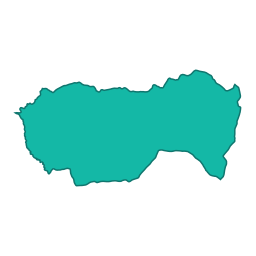 the district of Córdoba, Quindío, Colombia
{"feature_id": "7082276B37877063835041", "entity_name": "Córdoba", "entity_type": "district", "adm_level": 2, "iso_a3": "COL", "parent_name": "Colombia", "parent_adm1": "Quindío", "projection": "mercator", "projection_center": [-75.669, 4.396], "detail": "fine", "context": "isolated", "style": "filled", "palette": "teal", "viewbox_px": 256, "rotation_deg": 0, "n_neighbors": 0, "source": "geoboundaries", "source_scale": "gbopen_adm2", "svg_char_len": 5645}
<svg xmlns="http://www.w3.org/2000/svg" viewBox="0 0 256 256"><path d="M234.9,84.5L234.6,84.9L234.0,86.1L233.6,87.7L233.3,88.0L232.6,88.5L230.8,89.5L229.0,90.3L227.6,90.8L226.7,90.8L225.8,90.6L225.4,90.4L224.2,88.9L221.7,86.6L219.4,84.9L216.7,83.5L216.0,82.8L215.4,81.9L215.0,80.9L214.3,79.9L212.9,79.0L212.5,78.5L212.3,77.5L211.9,76.6L211.3,75.8L210.7,75.3L209.8,75.0L206.1,72.7L204.4,72.1L199.8,71.3L196.8,70.4L195.5,70.3L193.9,71.2L192.1,73.2L190.8,74.4L189.1,75.3L188.1,75.7L186.5,75.6L184.3,74.8L182.7,74.5L181.0,75.0L180.0,76.1L178.7,78.7L178.0,79.7L176.8,79.7L175.7,80.1L172.8,79.2L170.8,78.9L169.9,78.2L169.4,78.2L168.7,78.6L167.9,79.5L167.5,80.5L164.5,85.1L163.4,87.3L162.9,87.8L162.4,87.9L161.4,87.7L160.8,87.8L160.0,87.7L158.6,86.7L158.1,86.5L157.2,86.3L156.7,86.0L156.1,85.5L155.2,85.0L154.2,84.8L153.6,84.9L153.1,85.3L152.8,85.7L152.2,88.0L151.8,88.4L150.3,89.6L148.9,91.1L148.3,91.4L147.4,91.7L146.1,91.9L144.7,91.9L143.6,91.7L141.7,91.7L140.5,91.6L138.7,91.9L136.8,91.9L134.5,91.6L133.1,91.2L132.7,91.3L132.2,91.5L131.4,91.6L130.2,91.5L129.5,91.2L126.5,88.6L125.4,88.0L124.9,87.8L124.3,87.8L123.8,88.0L123.1,88.5L122.5,88.7L121.9,88.7L121.5,88.7L121.0,88.5L120.3,87.9L119.8,87.7L119.3,87.7L118.8,87.8L117.9,88.3L117.2,88.4L114.3,88.2L112.2,88.6L110.6,89.1L108.7,89.5L107.0,89.8L104.5,90.3L103.9,90.3L103.3,90.1L102.6,89.8L102.1,89.7L101.4,89.8L101.0,90.0L100.0,91.5L99.5,91.9L98.9,92.0L98.3,91.9L97.1,91.1L96.7,91.0L96.4,91.0L95.3,88.4L93.9,86.7L93.5,86.5L93.0,86.4L90.8,86.6L89.9,86.5L89.2,86.2L87.9,85.5L87.3,85.4L85.0,85.2L84.1,85.1L82.5,84.4L81.9,84.0L80.8,83.1L80.0,82.6L79.4,82.3L78.8,82.3L76.6,83.0L74.9,82.8L74.3,82.8L72.1,83.6L69.5,84.2L66.0,85.5L64.4,85.6L63.4,85.9L57.3,89.1L55.8,90.1L53.8,92.1L53.2,92.5L52.8,92.5L52.4,92.4L51.3,91.5L50.5,91.4L50.2,91.2L49.3,90.4L48.3,90.0L46.7,88.7L45.6,88.5L43.6,88.7L43.0,88.6L42.4,88.5L41.6,90.3L40.2,91.5L40.2,91.9L40.5,93.5L40.6,94.3L40.4,95.1L40.1,95.6L39.5,96.0L38.9,96.3L37.3,97.8L37.2,98.3L36.9,98.8L36.5,99.2L35.3,99.7L35.1,100.0L35.1,100.7L34.9,101.5L34.4,102.5L33.8,103.2L32.7,103.9L32.1,104.2L31.6,104.2L31.2,104.1L30.4,103.4L30.0,103.3L29.6,103.4L28.7,104.1L28.4,104.2L27.6,103.8L27.3,103.9L27.0,104.4L27.0,105.6L26.8,106.0L25.4,106.8L25.2,107.1L25.0,107.8L24.6,108.3L24.3,108.5L23.9,108.5L21.5,107.7L21.0,107.7L20.6,107.8L20.1,108.5L19.9,109.1L20.1,109.8L21.0,111.2L21.1,111.8L21.1,112.1L20.8,112.5L20.0,112.8L19.1,112.9L16.8,112.7L15.4,112.9L16.3,113.5L17.8,113.9L18.6,114.2L19.2,114.7L20.6,117.4L20.9,118.0L21.8,119.0L22.1,119.2L22.8,119.4L23.0,119.7L23.0,120.9L23.5,122.2L23.4,123.5L23.5,124.1L24.2,125.2L24.6,126.3L24.7,127.8L24.4,129.0L24.5,129.6L25.3,131.5L25.2,132.2L24.5,133.6L24.7,134.7L24.6,135.7L24.7,136.1L25.4,136.6L25.4,136.8L25.2,137.7L25.5,139.3L25.9,139.9L26.4,140.4L26.5,140.7L26.5,141.2L25.7,142.0L25.7,142.4L26.4,143.9L26.2,144.8L26.6,145.9L26.7,146.9L26.9,147.5L27.1,147.9L27.6,148.1L27.9,148.8L28.8,149.3L29.1,150.2L29.4,150.5L30.6,151.5L30.8,151.8L30.8,152.3L30.7,152.5L30.2,152.8L30.5,153.3L30.5,154.0L30.8,154.2L31.4,154.1L32.4,154.7L33.0,155.2L33.0,156.2L34.1,157.5L34.7,157.8L35.4,158.2L36.9,158.6L37.1,158.9L37.1,159.1L36.6,159.2L36.5,159.3L36.6,159.5L37.5,159.9L38.5,159.5L39.1,160.3L39.4,160.3L39.7,159.9L39.9,160.0L40.0,160.2L39.9,160.8L40.2,161.5L40.1,161.9L40.2,162.3L40.6,162.4L40.9,162.2L41.4,162.0L42.1,162.0L42.3,162.1L43.1,162.9L43.2,163.2L42.7,163.8L42.7,164.0L42.8,164.1L43.5,164.5L44.1,165.0L44.2,165.3L44.1,165.8L43.9,167.0L44.2,167.5L44.8,167.8L44.9,168.1L44.8,168.4L44.4,169.1L44.5,169.6L44.7,169.9L45.1,170.2L46.7,170.7L47.5,171.1L48.3,173.4L48.6,173.7L49.0,173.8L49.4,173.6L50.7,172.0L50.8,171.7L51.0,171.1L51.9,169.9L52.9,168.9L53.8,168.8L55.9,169.9L57.1,170.1L58.7,170.0L60.1,170.0L62.1,169.4L63.8,169.3L65.6,168.7L67.3,168.3L67.9,168.4L69.2,168.7L70.0,169.0L70.3,169.6L70.7,173.4L71.9,176.5L72.5,177.4L73.4,178.5L73.8,179.7L74.2,182.0L74.5,183.0L75.3,184.4L75.9,185.3L76.3,185.6L76.6,185.7L79.7,185.5L82.5,185.4L84.4,185.1L85.8,184.9L87.7,183.9L88.7,183.2L90.2,182.3L91.1,182.0L93.7,181.5L94.8,181.5L96.8,182.5L97.4,182.5L100.8,181.5L103.1,181.3L106.8,181.6L108.6,181.6L110.2,181.4L111.9,181.0L114.3,180.8L115.8,180.8L118.7,181.3L120.4,181.3L121.4,181.1L122.2,180.6L123.8,180.1L125.0,179.9L126.0,180.0L126.8,180.4L127.8,181.2L128.8,181.7L129.5,181.6L130.2,181.3L132.0,180.0L133.8,179.3L137.0,178.3L137.8,178.0L138.5,177.6L138.9,176.9L139.7,175.2L141.3,173.1L144.5,169.7L146.4,167.4L150.0,164.0L151.8,161.4L155.4,157.8L155.9,156.8L156.4,155.3L158.2,151.1L158.5,150.6L159.5,150.2L160.6,150.0L162.2,150.0L164.0,150.5L168.2,151.2L170.0,151.4L171.7,151.4L172.9,151.2L174.6,150.8L175.9,150.6L179.8,150.8L182.4,151.2L184.2,151.1L185.5,151.2L187.9,151.6L192.7,154.6L195.6,158.0L196.4,158.5L197.8,159.4L200.3,161.3L202.8,164.7L203.5,166.1L205.3,168.9L205.9,170.4L206.7,171.0L207.5,172.1L209.7,174.6L211.0,175.3L212.2,175.7L214.5,176.2L215.8,176.3L216.9,176.8L218.2,177.7L220.5,179.5L221.3,178.5L222.3,177.6L223.2,176.6L223.9,174.7L224.3,172.3L224.6,170.1L225.4,166.7L226.4,164.4L226.5,163.6L226.5,161.5L226.2,160.7L225.8,160.0L223.4,156.9L223.2,156.3L223.2,155.8L224.8,153.7L228.3,149.6L230.2,146.1L232.3,143.8L234.5,141.7L234.8,141.1L234.7,139.2L234.9,138.7L234.8,137.6L234.5,136.7L234.8,134.0L234.8,129.7L235.0,128.5L237.0,123.8L237.0,121.8L237.0,121.2L238.3,117.8L239.5,114.3L239.5,113.9L240.0,112.4L240.4,110.0L240.6,108.2L240.6,107.5L240.4,107.1L239.2,106.6L238.7,106.3L238.2,105.7L238.0,104.3L237.6,103.2L237.4,101.9L237.5,101.3L237.9,100.6L238.7,99.8L240.1,97.6L240.3,97.1L240.4,96.3L240.4,95.7L239.6,91.6L238.8,88.2L238.5,87.5L238.0,87.0L235.7,85.3L234.9,84.5Z" fill="#14b8a6" stroke="#0f766e" stroke-width="1.5"/></svg>